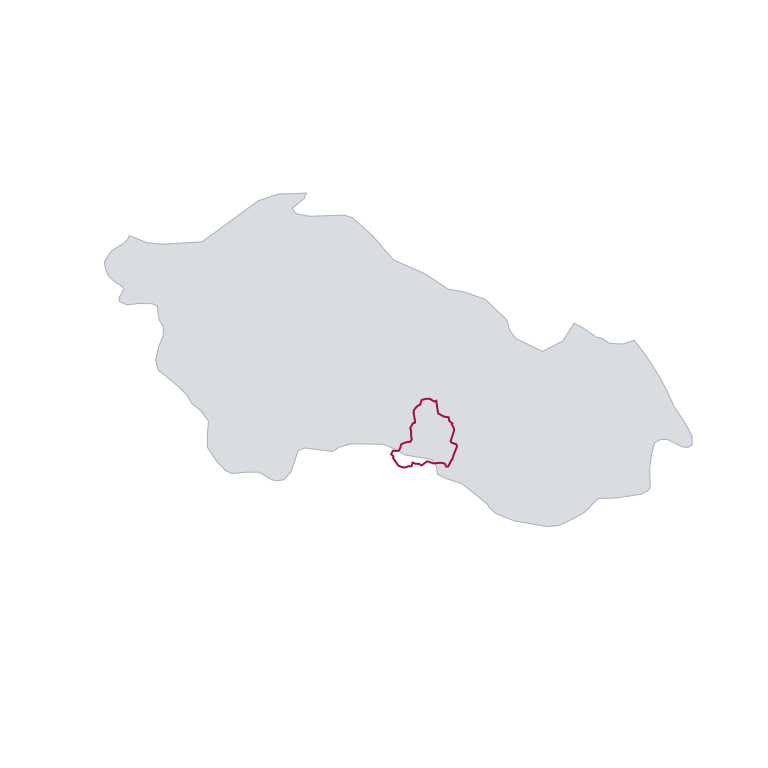 Bulqizë, Dibër, Albania (highlighted), rotated 115°
{"feature_id": "67620474B60153855067708", "entity_name": "Bulqizë", "entity_type": "district", "adm_level": 2, "iso_a3": "ALB", "parent_name": "Albania", "parent_adm1": "Dibër", "projection": "robinson", "projection_center": [20.355, 41.469], "detail": "fine", "context": "in_parent", "style": "outline", "palette": "rose", "viewbox_px": 768, "rotation_deg": 115, "n_neighbors": 0, "source": "geoboundaries", "source_scale": "gbopen_adm2", "svg_char_len": 2357}
<svg xmlns="http://www.w3.org/2000/svg" viewBox="0 0 768 768"><g transform="rotate(115 384 384)"><path d="M248.5,237.5L249.1,227.4L251.8,211.3L250.3,206.0L251.9,196.8L246.9,184.5L238.6,175.7L246.7,160.1L258.4,141.2L269.3,126.3L282.5,110.7L291.3,95.7L300.8,82.9L308.9,78.9L312.9,81.7L315.0,87.3L314.5,103.9L317.2,109.7L322.8,113.9L334.6,111.8L347.8,107.7L365.4,98.9L368.4,99.4L374.9,104.0L388.5,124.2L397.6,141.8L415.4,148.0L425.3,154.9L438.1,165.4L444.3,175.9L453.0,208.2L454.1,227.6L451.5,236.6L449.4,238.9L441.4,270.6L443.3,286.8L443.3,297.4L436.5,301.6L432.1,308.3L439.4,334.7L438.5,346.0L438.8,358.9L452.0,388.4L459.7,397.5L466.7,401.8L475.6,429.0L480.8,433.7L502.4,431.1L513.0,434.1L517.2,440.5L518.1,444.9L516.8,460.1L522.2,471.8L529.4,483.9L529.4,491.2L524.6,503.3L516.0,517.3L504.5,522.7L491.9,527.3L485.9,538.2L482.9,549.8L477.2,558.4L473.7,567.8L468.4,587.1L467.2,594.1L458.6,601.1L445.3,604.0L433.4,604.6L425.4,607.9L421.3,614.4L413.7,619.8L409.2,622.2L409.2,628.0L414.7,640.4L421.0,650.4L421.1,658.4L418.0,660.7L408.3,659.7L406.2,662.6L405.2,671.6L402.6,679.3L398.6,684.0L391.6,689.1L378.9,687.4L367.0,679.7L360.7,677.3L357.1,677.6L356.2,658.8L351.1,644.2L332.2,609.1L270.8,575.2L256.4,560.0L250.1,547.2L243.8,535.1L249.9,534.7L255.9,537.8L263.6,541.5L266.7,535.4L263.4,522.2L247.7,491.3L246.6,482.8L254.5,457.0L267.5,428.0L266.8,392.8L270.9,366.3L266.5,349.1L264.5,327.9L274.0,299.9L282.1,292.9L287.1,284.0L287.5,254.1L269.4,240.1L248.5,237.5Z" fill="#d9dde1" stroke="#a8b0b8" stroke-width="1"/><path d="M378.1,335.6L378.8,338.0L380.2,340.3L382.5,343.1L387.3,342.5L390.2,344.6L395.1,345.9L397.8,344.9L403.6,340.8L405.8,339.5L407.4,341.2L412.9,341.6L414.3,340.1L417.6,338.4L420.6,336.9L422.5,335.4L425.3,335.8L426.7,338.2L428.6,340.6L431.3,342.9L435.1,342.3L437.9,342.3L439.3,344.2L440.7,347.6L444.6,347.9L445.5,344.9L447.4,344.4L449.3,341.0L451.9,336.5L451.8,333.1L450.9,329.6L448.1,327.0L447.0,324.3L443.2,324.9L443.0,321.7L441.6,318.7L441.9,315.5L435.8,312.2L435.1,305.6L431.6,299.7L430.6,296.7L430.7,294.9L432.6,292.7L431.8,291.1L428.3,290.8L424.6,290.8L423.3,290.2L419.4,290.9L409.7,291.4L408.1,293.1L408.6,298.1L407.6,299.5L401.2,300.2L396.4,300.8L394.1,302.5L391.8,305.6L390.8,305.4L389.9,309.2L386.9,311.2L387.5,313.5L388.2,315.7L387.8,322.5L377.1,329.6L378.7,331.3L378.1,335.6Z" fill="none" stroke="#9f1239" stroke-width="2"/></g></svg>